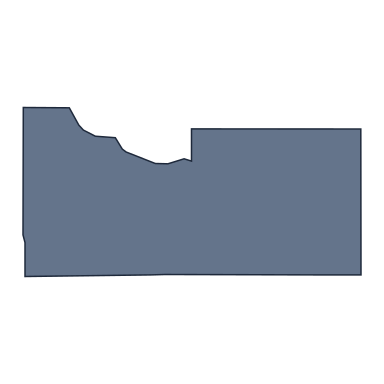 outline of Major, Oklahoma, United States of America
{"feature_id": "52423323B7041002082937", "entity_name": "Major", "entity_type": "district", "adm_level": 2, "iso_a3": "USA", "parent_name": "United States of America", "parent_adm1": "Oklahoma", "projection": "mercator", "projection_center": [-98.633, 36.334], "detail": "fine", "context": "isolated", "style": "filled", "palette": "slate", "viewbox_px": 384, "rotation_deg": 0, "n_neighbors": 0, "source": "geoboundaries", "source_scale": "gbopen_adm2", "svg_char_len": 388}
<svg xmlns="http://www.w3.org/2000/svg" viewBox="0 0 384 384"><path d="M318.9,274.9L361.0,274.9L360.8,129.0L191.5,128.9L191.5,161.1L184.1,158.8L167.9,163.8L155.3,163.5L126.1,152.0L122.3,149.1L115.3,137.7L95.3,136.2L83.4,130.1L78.8,125.1L69.3,107.8L23.3,107.5L23.0,234.9L25.0,242.6L25.0,276.5L150.8,274.9L164.9,274.5L318.9,274.9Z" fill="#64748b" stroke="#1e293b" stroke-width="1.5"/></svg>